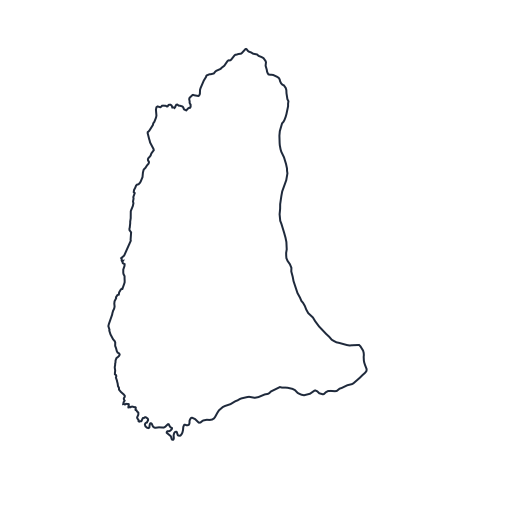 outline of Hatolia, Ermera, East Timor, rotated 194°
{"feature_id": "22284137B62574363374050", "entity_name": "Hatolia", "entity_type": "district", "adm_level": 2, "iso_a3": "TLS", "parent_name": "East Timor", "parent_adm1": "Ermera", "projection": "equal_earth", "projection_center": [125.331, -8.8], "detail": "fine", "context": "isolated", "style": "outline", "palette": "slate", "viewbox_px": 512, "rotation_deg": 194, "n_neighbors": 0, "source": "geoboundaries", "source_scale": "gbopen_adm2", "svg_char_len": 6018}
<svg xmlns="http://www.w3.org/2000/svg" viewBox="0 0 512 512"><g transform="rotate(194 256 256)"><path d="M134.5,194.6L141.6,192.5L143.5,191.8L146.3,191.6L154.4,191.8L157.1,191.7L160.0,192.4L162.3,193.1L165.4,195.3L169.2,197.4L177.8,202.9L182.9,207.1L185.9,210.1L191.5,213.2L194.3,216.2L196.5,219.3L199.0,221.9L201.1,223.4L203.2,226.2L206.8,230.1L210.6,236.1L213.5,240.7L215.4,244.8L218.0,249.5L218.8,253.1L221.1,256.2L224.2,258.9L226.0,261.3L226.8,263.7L227.5,266.3L227.8,269.9L229.9,276.9L231.8,280.9L234.3,285.3L239.1,293.3L241.0,296.0L243.2,302.2L244.0,307.6L245.1,312.2L245.9,320.2L246.2,325.0L245.0,336.9L245.5,343.8L246.5,346.2L247.1,348.4L249.1,352.5L252.7,358.5L256.7,363.3L258.0,365.5L259.7,369.2L260.4,371.3L262.4,378.4L263.1,382.9L262.8,391.0L261.8,392.9L261.3,394.9L260.9,398.2L260.8,401.1L261.1,409.1L261.7,411.4L262.0,414.0L263.5,415.8L265.8,421.3L266.7,424.3L267.8,426.2L270.2,428.3L271.8,428.6L273.4,429.6L274.9,431.4L275.8,433.1L277.0,434.3L279.0,435.0L283.1,435.8L284.8,435.6L286.2,435.3L287.8,435.2L288.8,436.1L289.9,437.6L290.6,439.3L292.7,442.9L293.2,446.4L293.9,447.5L296.6,449.8L298.8,450.4L301.9,450.8L303.7,451.8L307.8,451.6L309.9,452.3L312.5,452.6L313.4,453.0L315.2,454.4L315.7,454.5L316.3,454.2L318.9,449.4L319.5,448.7L322.0,447.7L323.7,446.6L324.7,446.3L325.4,445.4L327.5,440.7L328.1,439.8L328.8,439.4L329.8,439.3L330.4,438.8L330.9,438.0L332.8,432.9L334.9,430.3L335.6,429.0L339.3,426.1L340.1,425.1L341.1,422.9L343.7,421.5L345.2,421.0L347.5,419.3L347.8,418.7L347.8,417.7L349.1,413.6L350.4,405.6L350.5,403.7L349.7,399.8L349.8,398.8L350.2,397.7L350.6,397.3L354.9,397.0L356.0,397.1L356.5,396.9L358.7,393.5L358.8,392.1L357.8,390.0L357.5,388.7L357.0,387.9L356.1,387.1L355.6,385.3L355.6,384.6L356.0,383.7L356.6,383.7L357.5,382.9L358.9,380.4L361.1,380.8L361.7,381.3L362.4,382.4L363.2,383.1L363.8,383.3L366.2,383.4L367.3,383.2L369.1,383.9L369.9,383.5L370.3,382.3L370.4,381.0L370.9,379.9L371.7,380.3L373.1,379.8L374.2,381.5L374.7,381.8L375.8,382.1L377.3,381.5L377.7,380.7L377.9,379.9L378.5,379.5L379.9,379.9L382.6,379.4L383.6,379.0L384.0,378.1L384.8,377.2L387.7,377.3L388.1,376.9L388.6,376.2L388.5,373.8L386.6,368.2L386.5,366.7L386.6,365.3L387.1,361.5L387.6,360.5L387.8,359.4L387.7,358.3L389.8,351.9L390.5,350.6L391.0,350.1L390.9,349.1L387.9,343.5L387.2,342.4L386.2,340.5L381.3,335.0L380.8,333.9L382.2,330.6L382.5,329.3L382.5,328.2L382.9,327.1L384.1,324.9L384.3,323.8L383.8,322.4L383.1,322.0L382.7,321.5L382.5,320.9L382.6,319.6L383.7,317.5L384.6,314.8L385.7,313.0L385.9,312.4L385.9,309.6L385.2,305.1L385.9,300.4L386.3,299.0L387.3,297.2L388.8,296.4L389.4,295.3L389.7,293.0L390.3,290.6L390.1,288.4L388.9,287.7L389.3,283.5L388.7,282.1L388.5,279.0L387.7,277.6L387.6,274.7L388.3,269.8L388.3,269.0L386.7,262.3L386.4,259.0L386.0,257.4L385.4,253.2L385.4,251.7L385.0,250.5L382.9,248.7L381.6,241.4L381.2,240.5L383.9,225.2L384.1,224.4L386.3,221.3L385.6,220.7L385.3,219.2L384.9,218.7L384.0,219.1L384.3,218.2L383.5,216.8L381.5,216.3L381.2,214.6L381.5,210.7L381.0,208.7L380.7,207.5L380.0,206.1L379.0,205.1L378.6,204.4L378.0,202.0L377.5,200.4L377.1,198.7L377.2,196.7L377.7,191.7L378.5,191.6L379.1,190.6L380.0,187.6L379.8,185.3L381.0,184.6L381.9,182.1L381.5,181.2L382.3,177.9L382.0,175.6L381.0,172.8L380.9,171.3L381.0,170.0L381.4,168.4L381.5,165.7L381.4,164.3L382.3,154.4L382.3,152.3L380.3,148.9L380.3,148.1L378.2,144.7L374.5,140.6L372.5,139.2L371.7,138.1L370.9,134.7L369.5,132.7L368.1,130.1L366.9,128.8L365.2,128.3L364.5,127.5L364.5,126.8L364.7,126.0L365.4,124.8L366.7,123.2L367.0,120.7L366.6,118.6L366.6,117.3L366.3,116.2L366.2,114.2L366.0,113.4L364.9,110.7L364.6,108.4L364.3,107.1L363.1,106.6L362.5,105.7L362.5,104.1L360.8,101.5L360.4,100.6L359.4,98.8L358.4,96.3L358.0,95.8L357.4,95.4L357.0,94.7L356.6,93.2L354.2,91.4L350.7,89.6L349.5,88.6L349.3,87.6L349.8,86.1L349.7,85.4L349.1,84.4L348.5,83.9L348.7,83.0L349.1,82.1L349.0,80.2L348.3,80.5L347.3,80.2L346.9,80.4L346.4,81.1L343.8,81.5L343.6,81.4L343.5,81.1L343.3,78.5L343.2,78.2L342.9,78.2L342.2,78.6L341.8,79.1L341.1,78.9L340.5,79.6L339.4,80.0L337.9,79.9L336.4,80.1L335.9,79.6L335.8,77.9L335.5,77.4L334.7,77.4L333.7,76.3L332.9,76.0L332.2,75.4L331.8,73.5L332.3,70.7L331.9,69.8L330.3,68.4L330.0,67.3L329.6,67.1L329.0,67.1L328.6,67.6L327.4,67.9L327.2,68.2L326.7,70.9L326.4,71.5L325.3,71.9L324.6,72.8L323.7,72.8L321.7,72.0L321.1,71.1L321.0,70.1L321.4,69.3L321.5,68.1L322.2,67.7L322.8,67.0L323.0,66.4L323.0,65.5L322.0,63.9L320.1,63.0L318.7,63.0L318.1,63.6L318.0,64.3L318.2,65.0L318.3,66.9L318.2,67.8L317.9,68.2L317.3,68.3L316.6,68.0L314.7,65.6L313.1,64.9L312.0,65.0L308.7,66.3L304.0,67.2L302.6,68.5L302.0,69.6L300.8,71.4L300.6,71.6L300.0,71.6L298.2,69.6L297.1,69.0L295.9,68.7L295.8,68.4L295.9,67.4L296.9,65.8L297.9,65.0L299.4,64.6L299.9,64.1L300.0,63.3L299.8,62.8L295.2,60.6L294.1,59.2L293.8,58.3L293.1,57.6L292.8,57.5L291.9,57.7L291.7,58.1L291.6,58.9L292.0,60.6L292.4,61.2L292.6,62.8L292.5,64.6L292.1,65.4L291.6,65.9L290.7,66.2L290.3,66.0L288.5,63.2L287.9,63.0L286.3,63.2L285.8,63.6L285.1,65.1L284.7,66.8L284.7,69.3L285.2,72.6L284.9,74.5L284.6,75.0L284.2,75.1L282.1,75.0L281.1,75.4L280.3,76.1L280.1,77.2L280.2,78.2L280.6,79.9L280.5,81.3L280.0,82.8L279.7,83.2L279.2,83.5L278.7,83.6L275.6,83.0L271.3,80.5L270.6,80.6L269.6,81.0L268.0,83.1L267.3,83.7L264.1,85.2L261.3,85.7L259.0,86.7L257.5,88.2L256.8,89.8L255.5,94.7L254.6,97.3L251.7,101.4L249.9,102.9L244.9,106.1L240.9,110.1L238.9,111.5L237.1,113.3L235.7,114.3L230.6,116.9L228.7,117.7L222.9,118.1L219.5,119.7L214.0,123.8L211.1,125.1L210.0,126.1L208.7,128.2L201.1,134.6L198.9,134.6L195.2,135.5L193.4,135.8L188.5,135.9L185.8,135.3L182.4,133.2L180.7,132.8L178.4,132.4L175.7,132.5L170.3,135.4L166.7,139.5L166.0,139.9L163.8,139.5L161.4,138.1L157.6,138.0L156.7,138.5L155.2,140.8L153.4,142.4L150.7,143.2L146.7,143.9L145.0,144.6L142.8,147.5L140.9,148.7L136.1,152.7L131.9,154.9L130.7,156.0L125.8,163.0L123.8,166.3L122.2,168.6L121.5,169.9L121.0,171.3L121.3,173.0L123.9,176.7L125.2,178.8L126.0,180.5L127.1,184.1L127.4,186.0L128.1,188.1L129.2,190.1L132.8,193.6L134.5,194.6Z" fill="none" stroke="#1e293b" stroke-width="2"/></g></svg>